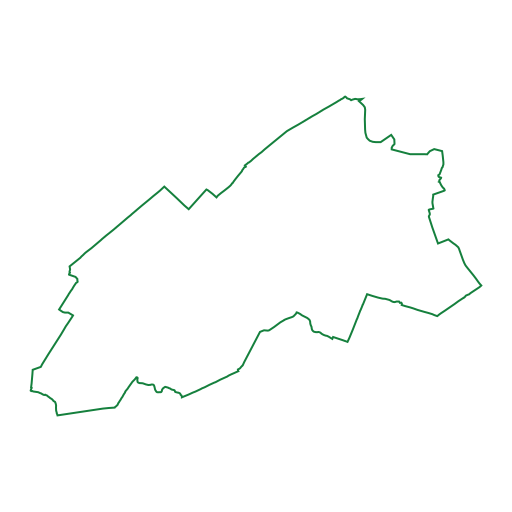 outline of Bucsani, Giurgiu, Romania
{"feature_id": "2599482B97241972850799", "entity_name": "Bucsani", "entity_type": "district", "adm_level": 2, "iso_a3": "ROU", "parent_name": "Romania", "parent_adm1": "Giurgiu", "projection": "robinson", "projection_center": [25.651, 44.361], "detail": "fine", "context": "isolated", "style": "outline", "palette": "green", "viewbox_px": 512, "rotation_deg": 0, "n_neighbors": 0, "source": "geoboundaries", "source_scale": "gbopen_adm2", "svg_char_len": 5970}
<svg xmlns="http://www.w3.org/2000/svg" viewBox="0 0 512 512"><path d="M181.9,397.3L188.7,394.5L192.8,392.6L195.4,391.6L200.7,389.1L201.9,388.4L204.6,387.3L209.5,384.8L214.3,382.6L215.5,382.2L220.2,379.7L227.3,376.5L228.6,375.6L231.3,374.3L234.3,373.0L235.6,372.4L238.3,371.2L238.1,370.9L237.9,369.5L239.6,368.6L240.1,368.2L241.4,366.6L242.1,366.0L242.3,365.6L242.7,365.4L244.2,362.1L260.0,331.9L263.5,330.5L264.1,330.3L267.6,330.6L268.5,330.5L269.3,330.2L274.1,327.0L280.4,322.3L284.2,320.1L284.3,319.9L285.9,319.2L288.6,318.2L291.9,317.1L293.2,316.5L293.8,316.0L295.9,313.8L296.3,313.3L296.4,312.9L296.6,312.4L297.5,312.6L298.9,313.3L300.5,314.2L301.6,315.1L302.7,315.7L307.1,317.9L307.8,318.4L309.2,319.6L309.6,320.1L309.9,320.8L310.2,321.9L310.2,322.9L310.4,324.0L310.8,325.3L311.5,326.8L311.8,328.9L312.1,329.7L312.3,330.2L313.1,331.1L313.9,331.7L314.7,331.9L315.6,332.1L317.2,332.2L318.1,332.0L318.6,332.0L319.9,332.4L320.6,332.8L321.4,333.6L322.5,334.3L324.1,335.1L325.9,335.7L326.8,335.8L327.7,336.2L328.7,336.7L332.3,338.9L333.1,337.0L342.8,340.2L347.5,341.9L349.5,337.6L352.8,329.6L356.9,319.1L357.2,318.7L358.0,316.4L360.0,311.3L360.0,311.1L360.5,310.2L361.9,306.9L362.7,304.7L362.9,304.6L367.1,294.2L372.3,295.9L378.1,297.6L382.4,298.6L383.4,298.7L385.2,298.8L389.2,299.9L390.1,300.3L391.9,301.4L393.1,301.9L394.4,302.1L395.1,302.0L396.7,301.5L399.0,301.5L400.0,302.9L400.9,302.7L401.3,302.7L401.6,303.1L401.9,303.8L401.9,304.2L401.7,305.0L405.2,306.1L410.1,307.4L413.3,308.4L417.5,309.9L424.4,311.9L428.5,313.0L432.4,314.2L434.1,315.0L436.9,316.0L437.3,316.1L439.1,314.6L440.9,313.3L444.7,310.8L454.6,304.0L458.4,301.2L461.6,299.1L463.7,297.7L463.8,297.8L464.3,297.4L465.1,296.7L465.6,295.9L466.1,295.5L468.0,294.7L469.0,294.4L470.5,293.1L479.4,287.2L480.9,285.9L481.3,285.5L479.5,283.5L478.2,281.8L476.0,278.7L473.5,275.4L468.0,268.6L466.1,266.2L465.4,265.2L464.3,263.1L462.9,259.7L461.8,256.6L459.5,250.2L459.2,249.2L458.3,247.3L455.5,244.8L453.3,243.3L449.4,240.3L448.4,239.4L438.0,243.5L432.3,227.4L428.9,216.8L428.9,216.5L428.9,216.2L429.7,214.7L429.8,214.4L429.8,213.9L429.7,213.1L428.8,210.3L428.8,209.8L429.3,209.5L433.1,208.7L433.4,208.5L433.3,208.0L432.5,203.5L432.4,202.0L432.9,198.0L433.2,196.1L433.2,194.6L442.9,191.2L444.4,190.6L444.7,190.4L444.7,190.1L444.1,188.7L442.8,187.5L441.8,186.1L441.0,184.8L439.8,182.3L439.1,181.9L439.5,181.6L439.3,181.1L439.3,180.3L439.4,180.1L440.9,178.4L441.1,177.7L440.8,177.5L440.1,177.5L439.7,177.2L439.0,177.0L438.6,176.6L438.3,175.9L438.3,175.2L439.1,174.7L439.6,174.2L441.3,169.8L441.7,168.4L442.1,167.6L442.5,167.3L443.4,164.4L443.4,162.2L442.7,155.5L442.1,151.1L434.2,149.1L429.8,151.2L427.7,153.6L427.2,154.3L424.4,154.2L410.1,154.2L391.7,149.4L391.7,147.7L392.7,145.8L394.4,144.2L394.5,143.6L394.3,139.4L391.2,134.9L380.7,142.1L375.5,142.1L372.7,141.8L369.7,140.7L367.9,139.0L366.7,137.6L365.4,132.8L365.1,129.6L364.8,119.1L365.2,109.9L364.8,107.3L363.2,105.1L358.9,101.1L360.3,100.2L361.1,99.8L362.2,98.9L360.1,99.2L359.5,99.2L357.4,99.3L356.1,99.0L355.1,98.9L352.5,99.6L351.1,100.2L350.0,99.3L347.0,98.3L346.4,97.5L345.5,96.8L345.2,96.6L344.9,96.7L344.5,96.9L344.0,97.5L343.1,98.2L342.1,98.8L341.1,99.2L340.1,100.0L338.7,100.7L337.0,101.8L329.0,106.5L323.4,109.6L316.3,114.0L312.3,116.2L298.3,124.6L293.1,127.5L287.3,130.9L286.7,131.3L271.9,143.4L264.6,149.4L261.6,152.1L259.0,154.0L253.2,158.8L251.0,160.9L248.9,162.5L248.2,162.7L247.4,163.5L244.9,165.4L245.5,166.2L245.8,166.7L245.3,167.0L244.3,167.4L244.0,167.7L243.2,169.0L242.2,170.3L241.9,171.2L241.6,171.6L237.9,176.0L235.3,179.3L233.5,181.7L232.8,182.9L231.9,183.5L231.6,184.2L230.4,185.6L228.6,187.2L224.3,190.6L221.1,193.0L217.8,195.7L216.5,197.4L212.6,193.9L207.8,190.2L206.4,189.5L188.7,209.2L184.4,205.5L176.8,198.2L164.3,186.6L160.0,190.6L157.0,193.1L153.4,196.0L149.4,199.4L141.6,205.8L131.5,214.4L130.8,215.1L127.8,217.5L117.5,226.3L112.9,230.2L106.5,235.3L102.3,238.8L100.8,240.2L91.5,248.1L86.1,252.2L84.8,253.3L83.0,255.1L81.3,256.6L80.4,257.7L69.6,266.4L70.1,269.4L69.5,271.9L69.5,272.2L69.6,272.4L69.9,272.6L69.7,273.1L69.3,273.7L69.1,274.1L69.0,274.4L69.1,274.7L75.5,276.9L77.3,278.9L77.4,279.1L77.3,280.1L77.6,281.2L77.6,281.8L77.5,282.0L77.1,282.3L76.1,282.9L74.1,285.8L72.9,287.8L72.2,289.1L70.7,291.1L69.7,292.7L68.9,293.8L68.2,295.1L59.1,309.5L60.8,310.7L62.9,312.1L65.0,312.6L68.3,312.6L73.0,315.4L72.4,316.5L68.1,323.0L65.8,326.3L63.9,329.6L60.8,334.8L48.5,354.0L42.2,364.2L40.8,366.9L32.7,369.8L32.4,374.2L31.6,383.4L31.1,387.3L31.5,387.4L31.7,387.7L31.5,388.4L31.0,389.3L30.7,390.6L31.3,391.1L32.3,391.0L32.8,391.3L33.4,391.5L38.2,392.2L40.1,393.1L41.1,393.4L42.7,394.4L43.9,394.9L44.3,395.0L45.2,394.7L46.0,395.2L46.7,395.3L48.6,396.9L49.2,397.2L49.8,397.8L52.0,399.2L53.3,400.6L53.4,400.8L53.5,401.0L54.9,401.8L55.1,402.0L55.6,403.3L55.9,404.4L56.1,405.8L56.0,407.1L56.1,410.3L56.4,411.7L56.7,412.4L56.7,413.1L57.2,414.4L57.4,414.6L57.4,415.0L57.5,415.4L102.8,408.6L108.8,408.0L114.7,407.6L115.0,407.1L116.1,406.3L117.6,404.8L118.3,403.1L118.9,402.4L119.2,401.8L120.8,399.4L121.3,398.4L122.4,396.9L123.8,394.3L124.9,392.7L125.1,392.4L125.2,391.7L125.6,391.1L127.7,388.6L128.5,387.3L131.2,383.5L132.4,381.8L134.5,379.7L135.1,379.0L136.4,377.3L137.0,377.4L137.3,377.5L137.6,377.9L137.6,378.4L137.3,379.7L137.4,380.7L137.5,381.5L137.7,382.1L138.0,382.4L138.7,382.8L139.6,383.1L142.0,383.2L143.1,383.4L145.8,384.4L148.3,385.0L150.3,384.9L151.1,384.6L151.8,384.5L153.0,384.6L153.4,384.8L153.7,385.0L154.1,385.6L154.2,386.1L154.5,386.9L155.0,389.2L155.3,390.0L156.1,391.3L156.5,391.8L156.9,392.1L157.3,392.2L158.2,392.3L159.0,392.2L160.6,392.2L161.2,392.0L161.7,391.4L162.1,389.7L162.4,389.2L163.2,388.2L163.6,387.9L165.1,386.9L165.4,386.9L168.0,387.6L168.9,388.1L170.1,388.5L171.5,389.5L174.1,390.1L174.5,390.3L174.7,390.7L174.9,391.0L175.0,391.6L175.4,392.0L177.6,392.6L178.5,392.7L179.8,393.3L180.3,393.9L180.7,394.9L181.5,395.5L181.6,396.0L181.9,396.4L181.9,397.3Z" fill="none" stroke="#15803d" stroke-width="2"/></svg>